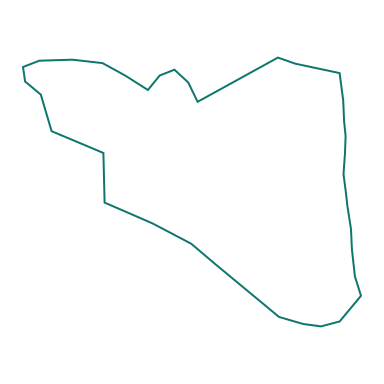 the district of Senador Georgino Avelino, Rio Grande do Norte, Brazil
{"feature_id": "56859067B48264665156526", "entity_name": "Senador Georgino Avelino", "entity_type": "district", "adm_level": 2, "iso_a3": "BRA", "parent_name": "Brazil", "parent_adm1": "Rio Grande do Norte", "projection": "albers", "projection_center": [-35.121, -6.162], "detail": "fine", "context": "isolated", "style": "outline", "palette": "teal", "viewbox_px": 384, "rotation_deg": 0, "n_neighbors": 0, "source": "geoboundaries", "source_scale": "gbopen_adm2", "svg_char_len": 551}
<svg xmlns="http://www.w3.org/2000/svg" viewBox="0 0 384 384"><path d="M279.1,317.0L303.2,324.0L320.9,326.4L339.6,321.5L361.0,295.8L354.9,276.4L351.9,249.2L351.0,229.2L347.4,205.9L345.6,190.2L343.5,174.1L345.0,153.0L345.6,136.0L344.1,121.2L343.2,100.3L339.6,73.1L295.4,63.7L277.9,57.6L197.6,101.8L188.2,82.4L174.4,69.7L159.7,75.5L147.9,90.0L125.1,75.5L102.5,63.1L72.4,59.7L39.3,60.7L23.0,67.0L25.1,81.5L40.8,94.6L51.6,131.2L103.4,153.0L104.6,202.6L152.7,223.5L191.3,243.8L214.4,263.4L279.1,317.0Z" fill="none" stroke="#0f766e" stroke-width="2"/></svg>